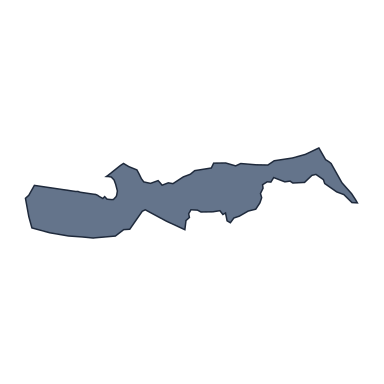 outline of Jefferson, Louisiana, United States of America, rotated 274°
{"feature_id": "52423323B43258201859657", "entity_name": "Jefferson", "entity_type": "district", "adm_level": 2, "iso_a3": "USA", "parent_name": "United States of America", "parent_adm1": "Louisiana", "projection": "mercator", "projection_center": [-90.097, 29.677], "detail": "fine", "context": "isolated", "style": "filled", "palette": "slate", "viewbox_px": 384, "rotation_deg": 274, "n_neighbors": 0, "source": "geoboundaries", "source_scale": "gbopen_adm2", "svg_char_len": 1578}
<svg xmlns="http://www.w3.org/2000/svg" viewBox="0 0 384 384"><g transform="rotate(274 192 192)"><path d="M153.9,187.5L163.1,188.0L166.4,191.2L170.1,190.2L174.2,192.2L174.3,198.7L172.7,202.3L173.7,214.2L175.3,221.1L171.7,224.4L173.4,226.9L165.7,229.0L164.0,232.4L169.0,235.6L171.2,240.9L176.9,249.4L179.3,256.8L185.9,260.5L191.2,261.9L195.3,260.4L200.7,262.6L204.2,261.9L207.4,266.3L207.4,270.0L212.1,272.5L208.6,283.9L209.7,289.1L208.0,291.9L209.4,303.6L217.0,310.5L218.2,314.4L213.5,322.2L209.7,323.8L202.2,336.3L200.0,343.7L192.6,352.3L192.7,357.7L195.7,355.7L201.5,351.3L211.7,340.9L230.1,328.8L231.7,326.5L232.7,324.7L233.6,323.0L244.8,315.5L237.4,302.4L232.9,289.7L228.9,271.8L224.2,265.8L223.6,254.1L223.8,238.6L221.1,233.7L223.3,223.6L222.3,211.6L217.3,209.6L213.5,193.2L209.6,189.1L206.5,182.3L199.0,172.4L199.5,167.7L196.7,161.7L199.0,159.5L201.0,157.4L197.7,150.0L198.7,143.2L201.7,140.6L206.4,137.9L210.2,135.5L212.9,127.2L215.7,121.7L213.9,119.3L212.8,118.0L211.5,116.6L203.7,108.1L202.7,107.0L201.5,105.5L201.5,106.3L201.6,107.5L201.3,110.4L198.6,113.4L194.4,115.3L187.8,117.5L183.7,117.1L182.2,116.7L179.0,114.1L178.8,112.2L178.9,107.8L180.1,106.5L181.3,105.2L179.3,103.5L179.7,102.7L181.2,99.5L182.1,98.1L182.6,96.8L182.9,95.7L182.9,94.5L183.4,87.8L184.0,80.2L184.6,78.2L184.4,75.9L187.6,34.3L177.3,29.4L174.1,26.3L156.1,30.9L145.0,34.8L141.4,52.9L139.5,71.9L139.5,72.1L139.5,80.2L139.5,85.6L139.2,96.7L139.5,98.2L142.7,118.6L149.7,126.5L150.5,132.5L169.3,143.7L171.0,146.6L161.1,168.5L153.9,187.5Z" fill="#64748b" stroke="#1e293b" stroke-width="1.5"/></g></svg>